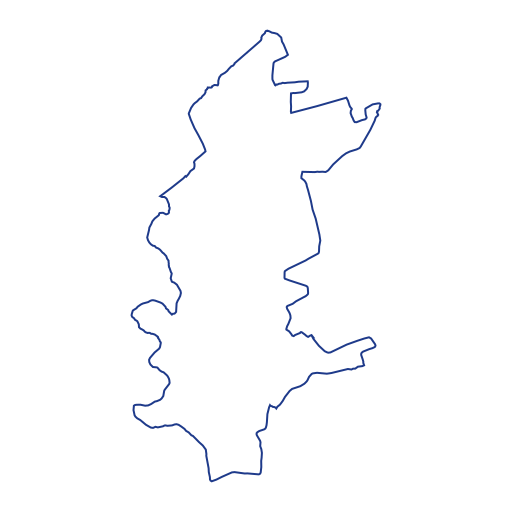 Sanguie, Sanguié, Burkina Faso (Albers equal-area conic projection)
{"feature_id": "67063806B51289395143870", "entity_name": "Sanguie", "entity_type": "district", "adm_level": 2, "iso_a3": "BFA", "parent_name": "Burkina Faso", "parent_adm1": "Sanguié", "projection": "albers", "projection_center": [-2.631, 12.224], "detail": "fine", "context": "isolated", "style": "outline", "palette": "blue", "viewbox_px": 512, "rotation_deg": 0, "n_neighbors": 0, "source": "geoboundaries", "source_scale": "gbopen_adm2", "svg_char_len": 6047}
<svg xmlns="http://www.w3.org/2000/svg" viewBox="0 0 512 512"><path d="M211.7,481.3L216.4,479.6L222.0,476.8L231.9,472.4L234.5,472.1L244.7,473.5L247.4,473.4L257.9,474.3L259.0,474.3L260.2,473.6L260.7,472.4L261.3,467.1L261.2,460.8L261.6,457.8L261.9,452.9L261.3,449.1L260.2,446.2L260.5,442.3L260.1,440.8L257.0,435.5L256.6,434.6L256.6,433.2L257.4,432.2L259.3,431.0L264.1,429.4L265.3,428.6L265.9,427.5L266.5,425.3L266.9,422.2L267.4,414.1L269.1,407.3L270.0,405.2L270.3,405.6L271.3,406.1L272.1,406.3L272.9,406.9L274.1,407.0L275.6,407.6L276.3,408.5L277.4,406.7L279.9,404.7L281.5,402.6L282.8,400.8L285.0,396.9L289.6,391.0L292.1,388.9L300.3,386.2L304.4,383.7L306.6,381.5L307.4,380.4L309.1,376.8L311.7,373.9L312.8,373.4L317.0,372.8L326.8,373.7L329.0,373.4L331.5,373.0L347.9,369.0L351.5,369.5L353.0,368.7L355.3,368.6L357.9,366.7L362.4,366.1L364.1,365.3L363.3,362.9L363.3,361.5L362.6,359.1L361.2,355.0L361.2,353.8L361.7,352.7L363.1,351.6L369.3,349.1L372.3,348.2L373.6,347.6L374.8,347.0L375.3,346.2L375.5,345.4L375.0,344.1L371.1,338.5L369.0,337.3L364.3,338.5L357.3,340.8L346.7,344.6L330.5,352.4L328.4,352.7L327.2,352.4L324.7,351.2L318.9,345.8L313.5,339.0L312.6,337.3L313.2,337.3L311.5,335.1L310.2,335.6L308.1,336.9L306.5,336.0L305.2,334.8L301.8,332.3L301.2,332.1L300.6,332.2L300.0,333.0L295.1,335.0L293.7,336.1L292.2,335.6L291.3,334.1L289.1,331.3L286.4,329.6L286.3,329.1L287.1,326.3L288.4,323.8L290.6,318.2L290.4,315.6L290.0,314.2L289.3,312.5L287.2,308.9L286.7,307.1L286.9,306.5L287.6,305.9L292.7,303.8L296.0,301.3L305.9,296.0L307.5,294.6L308.0,293.9L308.1,292.8L307.8,288.1L307.4,286.8L306.7,286.2L305.7,285.7L289.4,280.4L284.9,278.7L284.5,277.9L284.6,272.3L284.8,271.3L285.5,270.7L288.5,268.7L305.6,260.5L308.5,258.7L318.0,253.6L318.6,253.0L319.0,251.7L319.2,246.3L320.3,240.6L319.4,234.6L315.7,218.7L312.6,209.6L310.9,200.9L308.0,189.9L306.9,186.4L306.4,183.9L305.2,181.6L304.2,180.4L301.4,178.2L301.4,176.3L302.4,171.8L314.8,172.1L317.4,171.7L319.2,171.9L322.5,171.7L325.4,172.0L326.4,171.6L328.3,170.3L333.2,164.4L342.2,156.1L346.1,153.3L349.9,151.5L356.7,149.4L359.6,148.0L360.7,146.6L370.3,129.9L374.7,120.7L375.5,118.0L376.2,116.9L377.6,115.9L377.7,115.4L378.2,114.9L378.1,114.5L377.5,113.5L377.5,113.0L376.9,112.3L377.2,111.1L378.1,110.8L379.7,108.6L379.6,107.2L380.4,104.9L380.4,104.2L379.5,103.4L378.0,103.4L372.6,104.4L365.9,108.3L365.4,108.8L365.3,110.5L365.7,114.5L366.6,117.5L366.3,118.4L365.0,119.4L362.0,120.1L356.6,122.2L354.7,122.1L353.7,120.6L352.5,117.6L351.9,116.8L350.6,113.1L350.9,110.7L351.8,109.1L351.7,108.7L350.3,107.1L349.5,105.5L348.0,100.7L346.4,97.7L317.1,106.1L291.2,112.9L290.9,111.6L291.1,106.5L290.8,101.9L291.0,93.4L293.5,93.0L294.9,93.1L301.7,92.3L304.1,91.4L306.6,89.0L307.7,86.7L307.9,82.7L307.7,81.3L298.7,81.7L294.8,82.3L287.6,82.7L284.7,83.1L282.6,82.8L281.1,83.5L278.9,83.8L277.3,84.6L276.3,84.5L275.5,85.4L275.1,85.2L272.5,79.7L272.4,78.3L272.4,75.3L273.0,68.9L273.5,63.6L273.8,62.6L275.0,61.4L285.2,56.8L287.9,54.8L283.6,44.4L282.0,41.6L281.2,37.5L277.3,33.9L274.6,33.1L271.8,32.6L269.3,31.3L268.3,31.0L267.5,31.0L267.4,30.7L266.2,30.9L265.8,31.2L265.2,32.1L264.9,33.2L262.2,35.6L261.3,37.7L261.5,38.8L260.9,40.3L259.5,41.7L234.5,63.4L234.4,64.1L233.1,65.6L231.3,66.3L228.8,68.9L227.2,70.9L224.9,72.8L221.2,74.9L220.5,75.7L220.0,76.7L219.5,77.0L219.1,78.0L218.3,80.9L218.3,83.7L217.8,85.3L217.5,85.4L216.3,85.1L214.4,85.0L212.0,86.4L211.8,87.3L211.1,87.6L207.8,87.5L207.7,88.3L207.1,88.7L207.0,89.3L205.6,90.4L205.5,92.3L204.5,94.2L202.3,96.3L201.1,98.1L199.7,98.6L197.1,101.4L194.7,103.2L193.5,104.4L191.1,107.9L188.8,113.4L188.8,113.9L190.7,119.5L194.5,128.2L198.3,135.0L202.8,143.7L205.1,149.5L205.5,151.4L200.5,155.8L196.4,159.1L194.7,160.8L194.0,162.2L194.5,163.9L194.5,166.3L194.0,168.5L190.4,171.1L188.3,174.3L186.2,176.7L185.4,176.1L183.4,178.3L171.3,187.9L160.2,196.2L161.9,197.0L164.5,197.0L166.0,198.1L166.8,199.0L169.0,204.4L169.0,206.4L169.6,207.5L169.6,208.8L169.3,210.1L168.8,210.8L169.0,212.2L168.7,213.1L167.8,213.8L166.4,214.3L165.9,214.3L163.3,212.9L162.5,212.8L159.8,213.0L159.3,213.4L158.8,215.2L154.7,218.5L152.6,221.0L152.2,221.7L151.4,223.8L149.4,227.5L149.0,230.1L147.2,237.5L148.0,240.2L149.3,242.5L150.9,244.3L152.9,245.7L154.7,246.0L156.1,247.6L158.0,248.3L159.1,249.0L160.2,249.9L162.7,252.8L163.5,253.2L166.2,256.1L167.2,258.8L168.5,260.6L168.6,262.5L168.8,263.4L168.7,265.1L169.0,266.0L168.9,266.8L169.6,268.1L170.9,272.0L171.6,273.2L171.7,273.7L170.7,278.3L171.8,281.5L172.0,281.8L174.2,282.6L176.9,284.7L180.5,290.9L180.9,293.0L180.2,296.0L178.6,299.2L177.7,300.7L176.6,303.3L176.1,311.9L174.8,313.4L174.2,313.7L172.8,313.8L171.9,314.6L168.6,311.3L168.3,310.2L167.9,309.8L166.0,308.4L165.5,306.8L162.5,303.6L160.4,302.5L155.1,300.6L153.0,300.2L151.8,300.3L150.3,300.8L148.1,302.1L142.9,303.5L141.0,304.4L137.7,306.7L136.4,308.3L133.0,310.4L132.7,310.9L131.7,314.3L131.6,315.6L132.2,316.9L134.2,318.4L134.9,319.7L136.9,320.9L137.4,321.4L138.8,324.3L139.0,327.2L140.4,328.6L142.4,329.6L143.8,330.5L144.7,331.6L145.7,332.3L147.7,333.0L148.0,332.9L149.8,332.9L151.2,333.8L152.4,333.8L154.7,334.5L157.9,336.8L158.1,337.4L157.8,337.4L158.0,337.9L159.4,339.8L159.9,341.4L160.7,342.3L160.8,342.9L160.0,347.1L159.2,348.6L154.6,352.5L150.0,357.9L149.1,359.8L149.3,362.1L150.4,364.5L152.5,366.6L152.9,367.0L156.9,367.4L157.5,367.7L159.6,370.2L161.6,371.6L163.6,372.3L166.7,375.1L167.7,376.3L168.9,378.6L169.3,380.1L169.6,382.9L169.1,384.1L164.7,389.8L164.2,390.8L163.3,396.0L161.6,398.5L160.1,399.8L157.0,401.1L154.8,401.6L151.2,404.0L148.2,405.4L145.2,405.7L140.3,404.7L136.1,404.8L134.8,405.1L133.9,405.7L133.5,410.1L134.6,415.3L135.4,416.6L137.2,418.3L140.2,420.0L146.0,424.8L150.7,427.5L152.3,427.8L153.3,427.8L155.4,426.8L157.8,427.4L163.0,426.3L164.5,425.5L165.4,425.4L167.5,425.8L172.1,425.4L174.5,424.5L176.5,424.2L178.6,424.8L181.1,426.4L184.5,428.9L186.1,430.9L188.7,432.4L191.4,435.3L192.9,435.9L199.2,442.3L202.8,445.5L205.8,449.6L206.4,454.0L206.3,455.8L208.6,468.2L208.8,472.1L209.9,477.1L210.0,479.5L210.6,480.6L211.7,481.3Z" fill="none" stroke="#1e3a8a" stroke-width="2"/></svg>